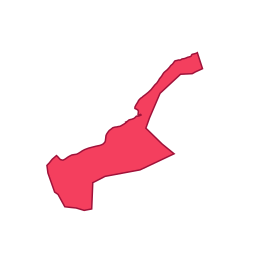 the district of Banannes Bay, Castries, Saint Lucia, rotated 299°
{"feature_id": "8701671B10070089345452", "entity_name": "Banannes Bay", "entity_type": "district", "adm_level": 2, "iso_a3": "LCA", "parent_name": "Saint Lucia", "parent_adm1": "Castries", "projection": "orthographic", "projection_center": [-61.0, 14.011], "detail": "fine", "context": "isolated", "style": "filled", "palette": "rose", "viewbox_px": 256, "rotation_deg": 299, "n_neighbors": 0, "source": "geoboundaries", "source_scale": "gbopen_adm2", "svg_char_len": 1942}
<svg xmlns="http://www.w3.org/2000/svg" viewBox="0 0 256 256"><g transform="rotate(299 128 128)"><path d="M216.0,164.4L227.5,152.1L226.5,151.5L226.2,151.2L225.2,150.2L224.0,148.9L223.5,148.4L222.7,148.2L222.1,148.3L221.5,148.3L221.0,148.1L220.6,147.8L219.9,147.1L218.8,145.9L217.5,144.9L216.1,143.7L215.7,143.2L214.5,141.7L213.6,141.3L213.1,141.0L212.4,140.3L212.3,139.7L211.7,138.9L210.9,138.2L210.2,137.3L209.7,136.8L209.2,136.4L208.3,136.3L206.9,136.2L205.2,135.9L204.1,135.4L203.1,135.1L201.3,134.9L199.2,134.4L197.7,134.0L195.1,133.0L193.9,132.6L192.5,132.4L189.6,132.3L186.4,131.7L184.2,131.7L181.2,131.4L179.7,130.9L178.7,130.6L175.7,130.1L172.7,129.6L170.8,129.0L168.9,128.4L166.2,127.3L163.9,126.3L163.1,125.9L161.5,125.4L160.5,124.8L159.0,124.3L157.2,123.9L155.3,124.0L152.5,123.8L149.8,123.9L148.5,124.5L148.4,124.9L148.5,125.5L148.6,126.2L148.4,128.1L147.8,128.8L147.5,129.0L146.5,129.5L144.7,130.2L144.5,130.4L145.1,131.7L145.8,132.1L146.0,132.5L145.7,133.1L144.5,132.3L143.2,131.0L142.8,130.4L142.4,129.6L140.6,129.1L139.5,128.7L137.6,127.2L136.1,125.5L135.4,124.9L133.5,124.2L133.1,123.9L132.3,123.3L132.2,123.8L129.9,122.8L127.5,121.4L125.7,120.3L124.4,118.6L123.6,117.8L122.4,116.1L120.9,114.6L119.4,114.0L116.7,112.8L114.9,112.5L112.6,112.3L112.0,112.3L110.5,112.5L109.6,112.9L107.6,113.7L105.6,114.5L104.2,114.6L102.0,114.0L100.6,113.1L99.1,111.8L96.7,109.0L95.2,107.4L93.8,105.9L91.2,103.2L88.0,100.5L85.5,98.9L84.4,98.4L81.6,96.8L80.1,95.7L78.6,93.7L77.1,91.9L74.9,90.4L73.8,89.8L73.0,89.3L72.0,88.9L70.4,88.1L69.6,87.6L68.3,86.7L67.6,84.2L68.0,82.8L68.7,80.8L68.9,80.3L69.2,78.8L64.0,76.9L63.0,76.7L59.3,76.1L56.0,75.2L49.8,79.8L36.4,94.9L36.0,99.0L28.5,110.9L30.7,116.3L32.9,121.4L34.7,129.6L39.6,135.5L63.1,123.7L74.6,131.4L87.8,147.4L97.2,158.8L127.8,180.8L130.5,165.7L136.5,143.7L147.3,141.9L173.9,139.2L200.5,147.9L206.7,157.9L209.8,159.8L216.0,164.4Z" fill="#f43f5e" stroke="#9f1239" stroke-width="1.5"/></g></svg>